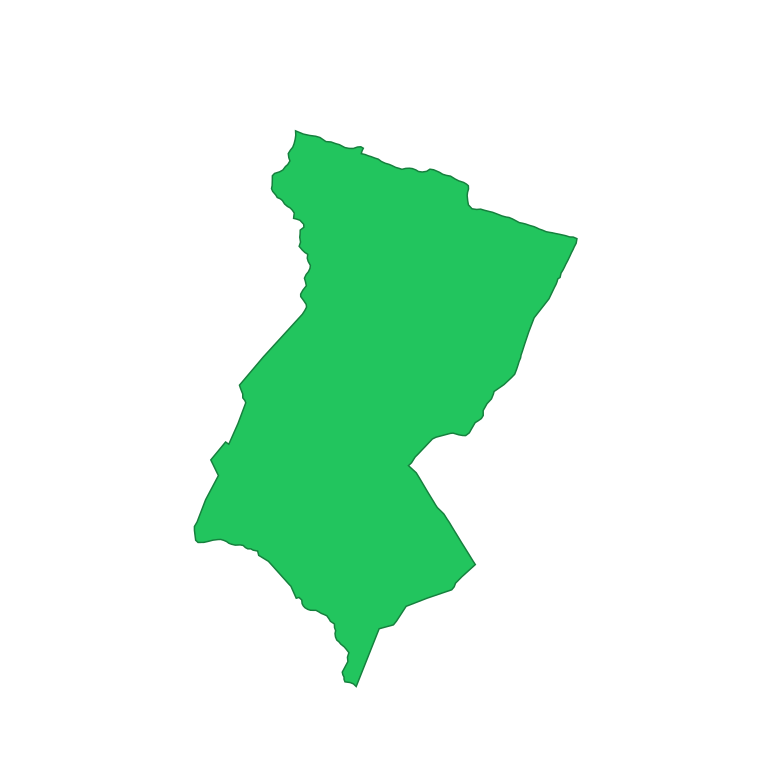 outline of Russas, Ceará, Brazil, rotated 67°
{"feature_id": "56859067B811843204611", "entity_name": "Russas", "entity_type": "district", "adm_level": 2, "iso_a3": "BRA", "parent_name": "Brazil", "parent_adm1": "Ceará", "projection": "natural_earth1", "projection_center": [-38.174, -4.835], "detail": "fine", "context": "isolated", "style": "filled", "palette": "green", "viewbox_px": 768, "rotation_deg": 67, "n_neighbors": 0, "source": "geoboundaries", "source_scale": "gbopen_adm2", "svg_char_len": 3770}
<svg xmlns="http://www.w3.org/2000/svg" viewBox="0 0 768 768"><g transform="rotate(67 384 384)"><path d="M325.6,149.6L322.7,152.4L321.2,155.6L318.4,158.9L314.8,163.9L312.3,167.6L310.5,170.1L309.0,172.5L307.2,175.2L304.3,178.0L302.0,180.6L299.9,182.4L297.8,184.4L294.9,188.0L292.1,191.1L290.2,193.6L288.3,196.4L285.9,198.3L282.3,201.2L279.6,203.8L278.0,206.4L275.4,209.7L271.4,213.8L268.5,216.8L265.8,220.4L263.3,223.7L260.8,226.7L259.5,230.6L257.1,234.5L252.1,236.3L248.2,235.4L243.0,233.8L240.2,232.2L237.5,230.0L234.5,228.9L232.2,230.0L229.6,231.9L226.1,235.9L223.0,238.5L218.7,241.5L216.3,245.1L213.9,248.0L210.8,250.2L206.2,254.6L204.2,257.8L204.9,261.6L203.8,266.0L201.8,269.3L199.4,271.0L196.8,273.7L195.3,276.3L194.0,279.8L193.4,283.6L191.6,285.6L189.2,288.6L186.2,291.2L183.9,293.4L181.3,296.6L178.1,299.5L174.8,301.4L172.4,304.2L169.6,307.1L167.8,309.3L165.4,311.7L163.1,314.9L160.9,313.2L158.9,310.9L156.6,312.6L155.5,315.8L155.2,320.2L153.4,324.2L151.1,327.6L146.2,331.6L144.0,334.4L140.5,338.2L138.2,342.7L132.1,346.6L129.3,350.0L126.1,355.4L122.4,360.6L116.4,366.5L120.5,368.0L124.0,370.1L127.6,372.8L130.4,375.5L132.1,378.7L134.5,382.1L138.5,383.2L141.9,383.4L144.4,386.9L145.3,389.7L147.5,393.5L147.9,397.1L147.4,402.5L148.7,405.4L152.6,407.1L157.6,409.4L160.2,411.2L163.2,411.2L168.1,409.7L170.6,409.4L173.0,407.1L175.5,405.8L179.4,405.2L182.8,403.5L185.2,401.6L188.0,400.5L191.5,399.8L193.9,401.2L196.2,402.5L197.9,400.2L200.4,397.4L205.6,395.5L208.4,396.5L209.6,401.0L213.1,402.6L216.0,404.2L220.8,405.4L224.1,408.3L228.7,406.9L232.1,405.4L234.8,403.5L238.2,405.5L241.7,405.9L246.0,405.4L248.6,406.9L251.1,409.7L252.8,412.9L255.5,415.9L259.0,416.3L263.2,417.1L265.9,422.0L268.7,425.6L271.0,426.5L276.0,425.3L280.4,424.5L283.0,425.3L285.4,428.2L287.9,431.9L312.0,484.6L328.6,517.5L332.2,517.8L335.3,517.9L337.9,517.9L341.6,519.4L344.9,518.5L347.3,518.6L363.3,533.8L378.8,550.4L375.5,552.5L386.2,573.1L403.6,572.2L420.8,593.4L438.0,610.0L441.1,614.2L444.7,615.7L454.2,618.4L457.2,617.1L459.4,611.7L460.2,607.3L460.9,602.5L462.2,597.9L463.3,595.0L465.3,592.6L467.5,590.5L470.0,589.0L471.9,587.0L474.2,583.9L475.9,579.3L477.6,576.7L480.4,575.5L482.5,573.8L483.7,571.0L485.8,569.4L488.4,565.6L492.8,566.3L502.0,559.7L508.3,557.5L512.2,556.2L531.5,549.6L533.8,548.7L546.9,548.5L547.3,545.6L550.7,544.1L554.2,545.2L556.7,545.0L559.0,544.2L561.6,542.3L563.5,540.1L564.7,537.5L565.8,535.0L568.3,533.0L570.6,531.4L572.7,529.3L575.0,527.2L578.7,526.4L581.6,526.0L585.5,523.4L588.8,524.7L592.2,524.9L594.6,526.6L597.9,527.5L601.3,527.5L603.8,526.2L606.6,525.4L610.5,523.3L613.4,522.4L617.6,521.3L621.2,524.4L625.4,525.7L632.9,535.0L635.6,535.5L638.1,535.3L640.3,536.2L642.9,536.3L645.6,531.8L648.1,529.3L651.6,527.8L607.4,484.1L609.4,469.4L607.1,465.1L597.3,450.5L598.0,428.0L599.1,412.8L599.9,402.1L598.1,398.6L595.3,396.0L591.9,387.8L585.9,370.5L581.3,371.3L573.9,372.4L569.5,373.1L564.4,373.9L560.1,374.6L555.9,375.2L551.1,375.9L547.3,376.5L541.7,377.3L536.7,378.0L533.2,378.7L527.0,379.7L518.6,383.2L515.4,383.8L512.3,384.2L501.0,385.9L484.5,388.1L478.4,389.0L468.7,393.4L467.3,389.5L463.4,383.9L461.7,379.7L453.5,360.9L453.3,356.9L455.4,342.2L456.2,339.6L460.0,335.0L462.2,331.6L463.4,329.0L462.3,324.6L460.0,321.6L457.2,317.9L455.2,315.2L454.6,311.4L453.8,307.8L451.8,305.0L447.2,303.1L442.4,296.9L439.7,290.9L436.1,287.3L433.9,285.6L431.4,273.7L427.8,263.9L426.1,259.9L422.4,256.3L419.1,253.4L416.0,250.8L413.4,248.1L411.0,246.6L408.0,243.9L402.4,239.1L392.6,230.4L381.7,219.9L375.9,209.4L370.1,198.9L361.8,189.5L359.5,186.7L357.3,184.6L355.2,183.0L354.7,180.3L351.1,177.7L348.9,174.6L346.8,172.1L344.9,170.0L342.4,166.9L338.8,162.8L336.4,160.2L334.0,157.3L332.2,155.4L329.5,152.1L325.6,149.6Z" fill="#22c55e" stroke="#15803d" stroke-width="1.5"/></g></svg>